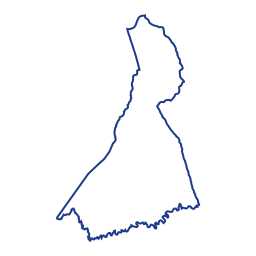 Mansidão, Bahia, Brazil
{"feature_id": "56859067B73862657057037", "entity_name": "Mansidão", "entity_type": "district", "adm_level": 2, "iso_a3": "BRA", "parent_name": "Brazil", "parent_adm1": "Bahia", "projection": "natural_earth1", "projection_center": [-44.116, -11.041], "detail": "fine", "context": "isolated", "style": "outline", "palette": "blue", "viewbox_px": 256, "rotation_deg": 0, "n_neighbors": 0, "source": "geoboundaries", "source_scale": "gbopen_adm2", "svg_char_len": 5903}
<svg xmlns="http://www.w3.org/2000/svg" viewBox="0 0 256 256"><path d="M127.3,28.9L127.8,31.4L128.2,32.3L128.6,34.1L129.6,36.5L130.8,40.6L132.2,44.5L133.4,48.5L135.5,54.8L138.0,63.9L138.7,66.9L139.2,68.5L139.5,69.8L138.7,70.1L137.6,70.3L137.1,70.8L137.2,72.5L137.1,73.4L137.1,74.1L136.6,74.7L134.1,75.2L133.0,76.7L133.2,77.8L133.0,80.0L132.9,80.9L132.0,82.7L131.9,84.0L132.0,85.7L132.4,86.6L132.7,88.7L132.4,89.7L131.7,90.7L131.1,91.2L130.8,91.9L130.9,93.0L130.6,95.1L131.1,95.9L130.9,96.6L131.3,98.3L130.7,99.2L130.5,100.9L129.4,101.9L128.8,103.1L128.5,104.4L127.6,105.0L127.9,106.0L128.0,107.1L127.6,108.0L127.2,108.5L126.5,108.7L125.1,109.7L124.4,111.2L123.9,111.7L124.1,112.4L124.0,113.3L123.6,114.5L122.5,115.9L121.6,116.4L120.7,116.7L120.0,117.0L119.6,117.9L119.5,119.1L117.6,121.7L117.3,122.8L116.7,124.0L116.0,125.2L116.3,126.3L115.1,128.1L114.9,129.2L114.8,130.3L114.4,132.3L114.6,134.3L115.3,136.5L115.1,137.4L115.6,138.1L115.7,139.3L115.4,140.4L114.3,142.2L113.0,143.3L110.6,149.0L109.2,152.1L104.8,158.2L103.7,159.5L101.3,161.5L91.4,170.8L88.5,173.6L87.4,175.0L57.2,217.4L56.9,218.3L57.9,219.0L58.9,219.3L59.9,219.1L60.6,219.2L61.3,219.0L61.3,218.1L61.9,217.8L62.2,217.1L62.7,216.2L63.3,215.5L63.5,214.7L64.2,215.1L65.0,215.1L65.7,215.0L66.3,214.5L67.1,214.3L69.2,214.5L69.9,213.7L70.6,212.2L71.4,211.4L71.5,210.5L71.3,209.7L71.9,209.3L72.6,209.1L73.2,208.5L73.9,209.0L74.2,209.7L74.3,210.7L74.9,211.7L75.0,212.8L76.0,213.2L76.6,214.2L77.4,214.8L77.7,215.6L78.7,216.6L78.6,217.3L78.9,217.9L78.6,218.8L79.1,219.4L79.2,220.6L79.1,222.1L79.9,222.4L80.2,221.8L81.1,221.3L81.2,222.1L81.8,223.0L81.6,224.5L82.0,226.0L82.9,225.7L83.0,226.6L82.7,227.3L82.1,228.1L84.5,229.4L85.2,228.7L85.8,228.7L86.6,229.1L87.4,228.6L88.0,230.4L88.1,231.1L87.8,231.8L88.8,233.0L89.3,234.1L89.1,235.2L89.2,236.9L88.1,236.7L88.4,238.6L88.9,239.6L89.7,239.9L90.2,240.6L90.8,239.7L90.5,239.0L91.1,238.3L92.3,238.5L93.3,239.4L94.2,239.3L94.4,238.5L95.0,238.1L95.8,238.5L96.5,238.2L96.9,237.4L97.6,237.2L97.9,238.2L98.6,238.7L99.1,237.8L100.2,236.8L100.6,235.6L101.4,235.6L101.8,237.7L102.6,236.1L103.5,235.5L104.3,236.0L104.8,236.6L105.4,237.0L106.5,236.8L106.7,235.3L107.7,234.0L108.9,233.0L110.0,232.9L110.9,235.3L111.8,235.3L112.7,233.3L113.0,232.7L113.9,232.0L114.2,230.8L115.0,230.7L114.9,232.6L115.8,234.2L117.0,234.7L117.7,233.9L117.9,233.1L118.5,232.2L120.9,232.5L121.4,231.9L121.5,231.2L121.5,230.2L122.6,230.5L123.2,231.2L123.8,231.4L125.3,230.0L125.5,230.8L126.1,231.4L126.8,231.6L127.5,231.1L128.0,230.5L129.9,227.1L130.7,227.3L131.3,226.6L131.3,225.2L133.2,226.1L133.8,226.6L134.7,226.6L135.9,227.0L137.0,227.0L137.7,226.1L137.6,225.2L137.0,224.5L136.2,223.8L136.4,222.6L137.2,222.2L138.3,222.6L139.2,223.3L140.9,223.5L141.5,223.3L142.4,222.6L143.4,222.7L143.7,223.3L143.9,224.1L144.7,224.0L145.2,223.5L145.5,222.8L146.0,223.2L147.1,224.8L147.4,225.5L147.5,226.2L148.0,227.2L148.9,227.2L149.6,226.9L150.8,224.8L151.5,224.7L152.3,225.0L153.2,225.4L153.8,226.1L154.2,227.0L155.1,228.2L155.8,228.5L156.3,228.0L156.2,227.2L155.3,224.5L155.1,223.5L155.9,222.7L156.7,223.2L157.1,223.8L157.6,224.3L158.5,224.2L159.0,221.3L160.4,220.4L161.4,220.6L162.0,221.2L162.6,222.1L163.6,223.1L164.2,222.5L164.8,221.7L165.1,220.8L164.7,219.6L162.7,217.7L162.7,216.8L163.6,216.0L165.2,215.9L166.1,216.1L167.7,217.6L168.3,217.1L168.2,216.2L167.9,215.2L167.3,214.5L166.3,214.6L165.5,214.0L165.8,212.7L167.2,211.4L168.1,211.3L170.8,212.0L172.2,211.7L173.2,209.7L173.8,208.9L174.4,208.6L175.9,208.6L176.3,209.2L176.6,209.9L177.2,210.4L178.2,210.3L178.9,209.5L178.4,208.2L178.9,206.5L179.4,205.7L179.3,204.7L179.7,204.0L180.5,204.4L181.2,206.1L181.3,207.6L181.8,208.6L182.4,207.8L183.2,207.7L185.8,208.5L186.7,208.4L187.4,207.9L188.3,206.7L189.0,206.1L190.0,206.3L190.7,206.7L191.2,207.7L192.8,208.7L193.6,208.9L194.4,208.4L194.9,207.7L195.3,207.0L196.0,207.1L197.0,206.9L196.5,206.4L196.6,205.6L197.4,205.7L199.1,205.0L198.9,203.9L198.5,203.4L198.2,202.7L198.1,201.4L197.8,200.1L195.7,196.7L195.1,194.4L194.4,193.2L194.1,192.2L194.0,191.3L192.6,188.6L192.2,187.6L192.3,186.5L191.5,184.5L191.1,181.5L190.5,180.4L190.6,179.4L190.3,178.1L189.5,176.1L188.7,175.0L188.5,172.7L188.3,171.8L187.4,169.6L187.0,168.8L186.2,165.0L185.4,162.5L185.0,160.7L184.2,159.4L183.7,158.4L183.4,156.9L183.2,155.6L182.7,154.3L182.5,153.2L181.9,151.2L182.3,149.9L182.3,149.0L181.2,146.6L181.1,144.7L180.8,143.8L179.6,142.6L179.3,141.6L179.5,140.3L178.5,138.2L178.0,137.6L176.5,136.7L176.1,135.7L173.7,133.3L172.9,132.1L171.5,130.6L170.0,128.6L169.2,127.2L167.0,124.1L166.1,122.1L165.8,121.0L165.3,119.9L163.3,117.6L162.6,117.3L162.4,116.2L161.9,115.4L161.6,114.4L160.5,113.0L159.9,111.2L159.2,109.7L157.2,106.6L157.3,105.8L158.6,104.6L159.2,103.1L161.3,101.9L163.8,102.2L164.7,101.2L165.6,100.4L166.5,100.1L168.3,100.0L169.1,99.8L169.9,100.3L170.4,100.7L171.6,100.0L172.5,98.8L173.9,97.3L174.5,96.5L175.2,94.5L176.1,94.0L177.8,93.7L178.7,92.9L179.1,92.0L179.2,91.2L179.4,90.2L179.1,87.8L179.3,86.7L180.1,86.1L181.1,85.7L181.6,84.7L182.1,83.2L182.5,82.6L183.9,81.9L183.7,80.9L182.1,79.2L181.1,78.3L180.5,77.5L180.2,76.6L179.8,74.4L179.9,73.7L179.8,72.7L179.6,71.8L179.9,70.7L180.8,69.9L182.3,69.0L182.6,68.3L182.6,67.6L182.3,66.6L181.4,64.9L180.7,63.9L180.0,63.5L179.8,62.8L180.2,62.0L179.9,60.8L179.9,59.6L178.3,57.4L178.1,56.4L177.2,54.4L177.5,53.4L177.1,52.3L176.5,51.8L176.2,51.1L175.7,48.4L175.3,47.1L174.3,45.2L173.5,44.4L173.2,43.4L171.6,42.3L170.8,40.5L168.9,38.0L167.8,37.0L166.3,36.5L165.2,35.5L164.5,34.7L164.1,33.7L164.0,31.4L163.7,30.7L163.5,29.8L163.6,29.1L163.4,28.4L162.9,27.7L162.3,27.2L160.9,27.1L158.8,27.2L157.1,26.1L154.7,25.7L152.7,24.9L150.1,23.3L149.3,22.3L148.4,20.1L147.9,19.5L146.8,18.7L145.9,18.3L145.4,17.8L145.0,16.7L145.0,15.4L141.1,16.0L139.6,16.8L139.0,17.4L138.2,18.7L137.4,20.3L135.7,24.9L135.2,25.9L134.6,26.8L133.9,27.3L132.9,28.0L130.0,29.1L128.5,29.1L127.3,28.9Z" fill="none" stroke="#1e3a8a" stroke-width="2"/></svg>